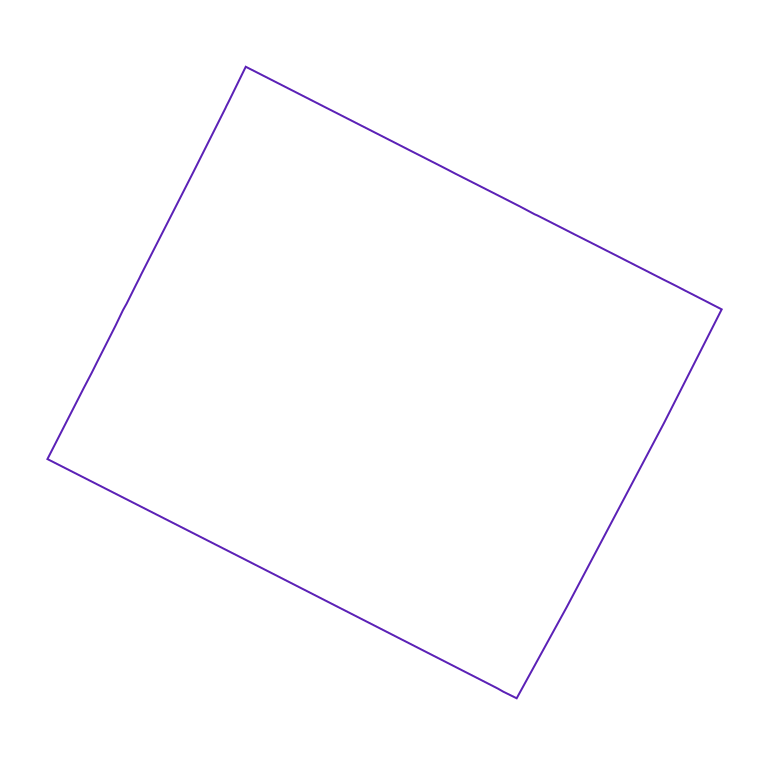 Harding, South Dakota, United States of America (Robinson projection), rotated 27°
{"feature_id": "52423323B85259623933705", "entity_name": "Harding", "entity_type": "district", "adm_level": 2, "iso_a3": "USA", "parent_name": "United States of America", "parent_adm1": "South Dakota", "projection": "robinson", "projection_center": [-103.51, 45.579], "detail": "fine", "context": "isolated", "style": "outline", "palette": "violet", "viewbox_px": 768, "rotation_deg": 27, "n_neighbors": 0, "source": "geoboundaries", "source_scale": "gbopen_adm2", "svg_char_len": 729}
<svg xmlns="http://www.w3.org/2000/svg" viewBox="0 0 768 768"><g transform="rotate(27 384 384)"><path d="M625.0,164.1L610.3,164.1L599.8,164.0L585.0,164.1L575.6,164.1L554.7,164.1L544.9,164.1L521.0,164.1L517.2,164.1L485.4,164.2L444.2,164.2L441.2,164.4L423.8,164.1L420.6,164.1L413.6,164.1L412.4,164.1L352.5,164.2L343.6,164.1L303.0,164.1L299.3,164.1L116.8,164.1L117.4,202.1L117.4,208.1L117.5,210.2L117.9,281.3L117.9,396.6L118.0,401.0L118.0,407.9L118.2,429.4L118.1,431.4L117.9,436.9L118.3,453.8L118.4,495.3L118.5,506.9L118.3,524.2L118.3,529.9L118.2,603.7L350.5,603.5L623.8,603.7L630.0,604.0L644.9,603.8L648.1,499.6L651.2,291.6L651.0,164.2L627.8,164.1L625.2,164.1L625.0,164.1Z" fill="none" stroke="#5b21b6" stroke-width="2"/></g></svg>